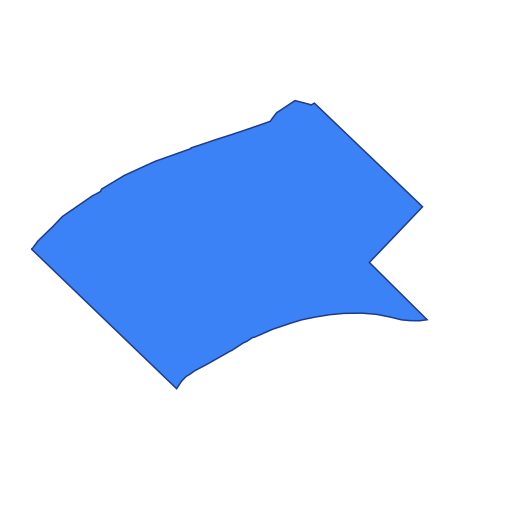 outline of Jarra central, Lower River, Gambia, rotated 134°
{"feature_id": "56634734B6993374345684", "entity_name": "Jarra central", "entity_type": "district", "adm_level": 2, "iso_a3": "GMB", "parent_name": "Gambia", "parent_adm1": "Lower River", "projection": "orthographic", "projection_center": [-15.418, 13.42], "detail": "fine", "context": "isolated", "style": "filled", "palette": "blue", "viewbox_px": 512, "rotation_deg": 134, "n_neighbors": 0, "source": "geoboundaries", "source_scale": "gbopen_adm2", "svg_char_len": 1032}
<svg xmlns="http://www.w3.org/2000/svg" viewBox="0 0 512 512"><g transform="rotate(134 256 256)"><path d="M406.6,220.9L397.8,222.6L391.3,222.6L386.4,221.3L381.5,220.5L366.5,215.6L343.0,208.7L340.7,207.8L327.4,204.8L325.2,203.9L323.4,203.2L317.2,201.9L315.3,200.6L297.0,193.1L281.3,184.9L281.3,185.0L270.2,178.8L258.8,171.0L250.8,165.0L247.4,162.5L236.3,153.0L223.6,140.2L214.4,129.0L206.6,116.9L200.7,106.8L195.4,100.2L188.9,93.3L183.4,89.0L183.0,88.7L181.9,170.0L152.9,170.1L134.9,170.2L104.9,170.4L104.9,171.3L105.0,204.7L105.0,205.1L105.2,248.9L105.3,271.9L105.5,320.2L106.6,320.5L109.4,321.4L109.7,322.8L117.1,335.9L138.7,340.7L144.8,340.0L148.7,339.4L148.8,339.3L149.0,339.2L160.0,344.7L179.9,354.9L180.0,355.0L185.4,357.8L199.5,365.4L209.6,370.6L223.3,377.8L224.1,377.5L257.9,394.3L267.5,398.1L289.5,406.7L315.3,413.6L317.6,412.6L326.4,415.5L355.6,421.4L362.0,422.7L375.3,422.6L396.9,423.3L407.0,421.9L407.1,421.7L407.0,421.8L406.8,323.2L406.7,262.0L406.6,220.9Z" fill="#3b82f6" stroke="#1e3a8a" stroke-width="1.5"/></g></svg>